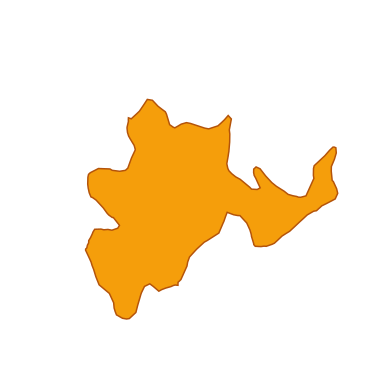 Fayyum, Al Fayyum, Egypt, rotated 319°
{"feature_id": "37247803B19900063663669", "entity_name": "Fayyum", "entity_type": "district", "adm_level": 2, "iso_a3": "EGY", "parent_name": "Egypt", "parent_adm1": "Al Fayyum", "projection": "robinson", "projection_center": [30.852, 29.314], "detail": "fine", "context": "isolated", "style": "filled", "palette": "amber", "viewbox_px": 384, "rotation_deg": 319, "n_neighbors": 0, "source": "geoboundaries", "source_scale": "gbopen_adm2", "svg_char_len": 2767}
<svg xmlns="http://www.w3.org/2000/svg" viewBox="0 0 384 384"><g transform="rotate(319 192 192)"><path d="M222.3,96.8L219.0,92.8L212.6,94.6L205.4,96.5L201.4,96.7L194.2,96.9L192.7,94.3L191.7,95.3L190.2,97.1L185.5,100.5L184.7,101.4L182.4,104.7L180.9,108.1L180.2,111.4L178.9,118.9L177.5,121.8L177.5,122.0L177.4,122.2L176.6,123.1L168.7,126.6L160.8,131.0L159.2,131.9L157.6,131.9L156.0,132.0L151.0,128.9L146.0,123.3L145.2,120.8L143.1,118.8L141.8,117.6L140.2,116.1L138.5,114.5L136.8,112.9L127.9,110.7L125.5,110.8L123.2,112.5L118.5,117.6L116.2,121.0L113.9,125.2L112.5,129.4L113.3,131.0L114.3,135.1L114.6,145.8L114.0,152.4L114.1,154.8L115.1,158.9L115.9,159.7L115.4,169.6L114.4,169.9L112.2,170.6L106.5,168.3L104.0,165.1L100.7,162.7L99.0,160.3L94.1,156.3L90.9,157.3L89.3,158.2L85.4,159.9L82.2,160.9L80.6,162.6L78.2,163.5L75.9,165.2L74.3,165.3L73.5,166.1L72.8,168.6L72.1,171.1L71.1,174.6L69.9,178.6L68.4,181.9L66.9,186.1L63.9,192.8L61.0,201.1L63.1,214.3L60.2,224.2L57.1,228.5L55.6,231.8L54.4,235.2L56.7,241.7L59.3,244.9L61.7,246.4L70.6,246.1L76.8,241.8L86.3,235.7L87.9,234.8L94.2,232.1L99.9,233.6L100.8,237.7L101.9,245.1L105.1,245.8L109.2,247.3L114.1,249.6L116.5,250.3L118.2,251.1L120.2,253.2L122.2,251.0L126.2,250.8L130.1,249.0L139.6,244.6L142.8,242.0L147.5,239.4L157.9,238.2L168.4,237.9L171.6,238.6L180.5,239.9L185.3,240.6L195.8,235.5L196.1,235.4L196.4,235.3L201.1,232.6L205.2,230.4L208.5,236.5L211.0,239.7L212.7,241.3L212.8,244.6L212.9,248.7L213.0,251.2L212.3,253.7L210.8,258.7L209.3,262.0L208.5,263.5L207.8,264.5L204.8,271.2L204.1,272.3L204.1,274.5L205.0,275.3L206.6,276.9L208.3,278.5L210.8,280.1L212.4,281.7L218.1,284.0L220.6,284.7L224.6,284.6L229.4,284.4L231.0,284.3L235.8,285.0L239.9,285.7L246.3,285.5L253.5,285.2L258.3,285.1L264.0,284.9L271.2,286.3L273.7,287.8L277.0,287.7L278.5,287.7L280.9,287.6L286.6,289.1L295.5,291.2L301.1,288.6L302.2,286.5L303.3,284.4L305.5,276.9L305.4,275.2L310.8,267.6L313.9,264.2L321.0,260.7L326.5,257.2L329.6,253.0L328.8,251.4L327.9,250.6L325.1,250.7L323.1,250.8L315.9,251.8L312.7,251.9L301.5,252.3L299.1,254.0L294.5,259.1L292.9,261.7L275.5,269.7L270.6,267.3L269.0,265.8L268.1,264.1L265.6,260.9L263.0,256.9L262.8,255.9L262.1,252.0L259.4,243.0L258.4,237.3L258.1,228.2L258.6,219.1L256.8,215.1L253.6,215.2L251.3,217.7L249.8,220.3L249.1,223.6L247.6,228.6L246.2,233.6L242.9,232.9L238.8,228.9L238.7,226.4L236.7,214.1L234.9,209.2L234.0,204.3L233.8,200.2L234.5,197.7L236.8,193.5L243.1,188.4L245.4,186.4L246.2,185.8L253.2,179.0L258.6,173.0L260.9,169.6L269.6,162.7L269.5,158.0L263.8,158.8L259.9,159.0L255.0,159.1L246.0,155.3L243.5,152.1L235.8,139.2L233.3,136.0L228.4,133.7L224.4,133.0L221.1,132.3L220.3,130.6L219.3,126.5L223.8,116.5L224.5,114.0L223.6,109.9L222.6,105.0L222.4,99.2L222.3,96.8Z" fill="#f59e0b" stroke="#b45309" stroke-width="1.5"/></g></svg>